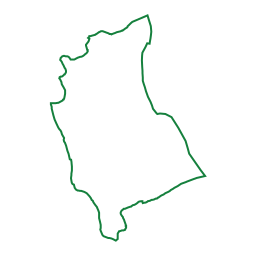 Abu Tig, Asyut, Egypt
{"feature_id": "37247803B24325700494067", "entity_name": "Abu Tig", "entity_type": "district", "adm_level": 2, "iso_a3": "EGY", "parent_name": "Egypt", "parent_adm1": "Asyut", "projection": "natural_earth1", "projection_center": [31.279, 27.037], "detail": "fine", "context": "isolated", "style": "outline", "palette": "green", "viewbox_px": 256, "rotation_deg": 0, "n_neighbors": 0, "source": "geoboundaries", "source_scale": "gbopen_adm2", "svg_char_len": 3534}
<svg xmlns="http://www.w3.org/2000/svg" viewBox="0 0 256 256"><path d="M203.4,176.4L205.1,176.0L200.7,170.2L189.2,153.7L187.8,148.5L185.6,141.0L178.3,127.8L171.5,117.1L165.4,114.0L160.0,113.5L157.3,114.0L156.4,113.1L153.0,108.8L152.0,105.5L150.5,101.8L148.0,96.9L145.9,91.0L145.7,90.2L144.9,87.3L143.8,84.1L142.8,80.8L142.8,80.1L142.8,77.6L142.5,73.2L142.5,71.0L142.2,66.7L141.9,60.4L142.1,55.6L142.4,52.7L145.6,46.8L147.2,43.3L149.6,43.7L150.0,41.1L150.5,38.3L150.9,35.4L151.3,31.7L150.8,26.1L148.9,20.0L147.5,15.4L132.3,21.9L131.4,22.7L130.9,23.1L129.8,24.2L129.4,24.6L127.6,26.3L127.3,27.3L125.2,28.6L123.9,29.6L122.6,30.6L122.3,30.4L120.6,31.3L118.9,31.7L116.8,32.2L114.8,33.1L113.5,33.5L111.4,34.4L111.0,34.0L109.4,34.0L108.9,33.5L107.7,33.0L106.4,32.6L105.2,32.1L104.0,31.7L102.7,31.2L102.3,31.2L101.0,31.2L100.2,31.6L99.4,32.1L99.0,32.1L98.5,32.5L97.3,33.4L96.0,34.3L95.6,34.3L95.2,34.8L91.8,35.7L90.6,36.1L89.4,36.1L89.4,36.6L88.1,37.9L89.4,38.8L88.5,41.5L88.1,42.0L86.4,44.2L86.0,44.7L86.0,45.6L86.4,46.9L87.3,50.1L87.7,50.1L87.7,51.5L86.8,52.8L86.4,53.3L85.2,54.1L84.3,55.0L83.1,55.9L82.2,56.4L81.0,56.8L80.2,56.8L78.9,57.3L77.7,57.7L76.8,58.2L76.0,58.6L75.2,59.1L74.3,59.5L73.5,59.5L70.6,59.5L69.4,57.7L68.5,56.8L67.3,56.3L65.6,56.3L64.0,55.8L62.3,56.3L61.9,56.7L60.6,58.1L60.6,58.5L60.2,59.9L61.0,60.8L61.4,61.3L61.7,61.7L62.7,64.0L63.5,65.3L63.9,66.2L64.7,68.0L65.2,68.5L65.6,69.4L66.0,70.8L66.0,72.1L65.6,73.0L64.7,74.4L64.3,74.4L63.5,75.3L63.1,75.7L61.8,76.6L61.4,76.6L60.6,76.6L60.1,77.1L59.7,77.1L59.3,78.4L60.1,79.3L60.5,80.2L61.4,82.0L61.8,84.3L63.4,87.0L65.1,90.2L65.1,93.8L64.6,96.5L64.2,98.3L63.7,99.5L63.0,99.6L62.6,100.5L58.4,102.8L57.9,102.8L55.5,103.2L50.9,103.2L50.9,104.1L50.9,104.5L51.7,106.8L51.7,108.2L51.7,108.6L53.4,115.4L54.6,119.5L55.5,121.5L56.2,123.1L58.3,127.6L59.5,129.4L60.4,130.3L61.2,131.7L62.0,134.4L62.8,135.8L64.1,138.0L63.7,139.8L64.1,141.6L64.9,142.6L66.1,145.7L67.4,150.7L68.6,153.9L69.8,159.3L71.1,159.7L71.5,162.0L71.6,163.5L71.9,166.5L71.9,170.6L71.4,173.7L71.4,175.1L71.0,178.2L71.4,180.7L71.8,182.8L72.6,184.1L73.9,184.6L74.7,187.8L76.0,189.6L77.6,190.5L78.4,190.5L80.1,190.9L81.3,190.9L84.3,191.9L86.7,193.2L88.0,194.6L89.6,196.4L90.9,198.2L91.7,200.0L92.5,200.5L92.9,200.9L93.4,202.3L95.0,204.6L97.1,207.3L97.1,207.7L98.3,210.4L99.1,212.7L99.1,215.0L99.1,218.1L99.9,221.3L100.7,224.9L100.7,228.1L100.3,229.4L100.7,230.8L102.4,234.9L103.2,235.8L103.6,236.2L108.2,238.0L109.4,238.0L111.5,238.5L113.6,239.4L114.4,239.9L115.8,240.6L116.1,240.3L117.7,239.0L117.7,238.1L117.7,236.3L117.7,234.5L117.7,233.6L118.2,232.7L118.6,232.2L119.0,231.3L120.7,230.9L121.9,230.4L123.6,230.4L124.4,230.0L124.8,230.0L125.2,229.6L125.2,229.1L126.1,227.8L126.1,226.8L126.1,225.9L125.7,225.9L125.7,224.6L124.4,221.0L124.0,219.6L123.2,218.3L122.8,216.9L122.0,216.0L121.1,214.6L120.7,213.7L120.7,212.8L120.7,212.4L121.6,210.6L122.8,209.7L123.7,208.8L124.9,208.8L128.2,207.4L130.7,206.6L131.1,206.6L131.6,206.1L132.8,205.2L134.5,204.8L136.1,203.9L137.0,203.2L137.4,203.0L138.2,202.1L139.1,201.6L141.1,201.2L142.4,201.2L142.4,202.1L142.8,203.1L143.2,203.0L144.9,202.6L145.7,202.6L146.5,202.1L147.4,201.7L147.8,201.2L149.9,200.8L151.5,199.9L152.3,199.9L154.0,199.5L155.7,198.6L156.9,198.6L157.8,197.7L158.2,197.7L160.7,195.9L161.5,195.4L163.6,194.5L165.3,193.2L168.2,191.9L169.8,191.0L170.7,190.1L173.2,188.7L174.4,187.8L175.2,187.4L177.7,186.1L179.0,185.2L181.1,183.8L183.6,182.9L186.1,182.0L186.9,181.6L193.8,179.0L195.6,178.4L196.5,178.0L203.4,176.4Z" fill="none" stroke="#15803d" stroke-width="2"/></svg>